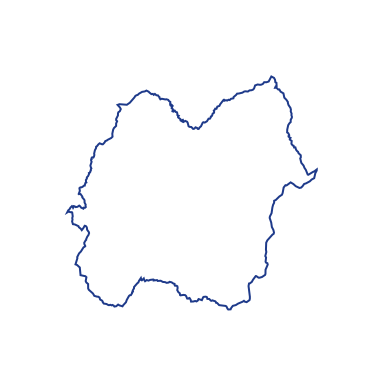 Hacarí, Norte de Santander, Colombia (Robinson projection), rotated 24°
{"feature_id": "7082276B96739100690345", "entity_name": "Hacarí", "entity_type": "district", "adm_level": 2, "iso_a3": "COL", "parent_name": "Colombia", "parent_adm1": "Norte de Santander", "projection": "robinson", "projection_center": [-73.084, 8.368], "detail": "fine", "context": "isolated", "style": "outline", "palette": "blue", "viewbox_px": 384, "rotation_deg": 24, "n_neighbors": 0, "source": "geoboundaries", "source_scale": "gbopen_adm2", "svg_char_len": 5998}
<svg xmlns="http://www.w3.org/2000/svg" viewBox="0 0 384 384"><g transform="rotate(24 192 192)"><path d="M275.0,283.5L275.0,281.8L275.6,279.4L278.0,277.5L279.5,275.2L282.9,271.6L283.7,270.3L284.8,270.7L286.7,270.4L288.5,267.4L288.3,266.1L287.5,264.2L281.9,254.9L281.3,252.4L282.1,251.8L283.2,249.8L283.4,247.4L284.4,242.9L284.9,242.7L287.6,243.2L288.6,242.8L290.5,241.2L292.5,238.0L292.4,236.9L290.8,233.1L290.7,227.5L289.8,226.4L288.4,226.4L287.6,225.8L286.3,221.7L285.0,220.7L284.3,216.6L283.0,214.6L280.4,208.1L280.5,205.5L282.8,198.3L283.6,197.0L283.4,195.7L281.8,193.6L279.2,191.5L276.8,187.7L273.5,184.1L273.1,182.6L273.3,179.0L271.7,173.3L271.3,170.8L271.4,168.5L270.6,166.6L271.8,165.2L273.6,160.6L275.3,157.9L275.2,156.0L273.9,150.6L274.6,147.8L275.4,147.7L275.9,147.2L278.2,143.1L281.4,143.5L284.4,144.5L288.5,144.6L289.9,143.6L290.6,141.9L291.2,139.0L292.6,137.8L295.3,134.3L296.2,132.0L298.0,129.7L297.0,124.6L297.2,121.7L296.8,120.7L295.4,123.3L294.3,124.5L291.3,128.9L290.6,129.0L287.0,125.5L284.9,124.2L283.2,122.5L280.0,120.9L277.2,117.3L277.3,116.0L276.4,114.2L273.5,113.2L272.6,112.2L271.2,111.8L269.8,111.0L268.3,109.2L267.2,109.8L266.0,108.4L265.0,108.5L263.2,107.5L262.3,104.8L260.0,104.3L259.7,103.8L260.0,102.5L257.8,102.2L257.4,101.7L257.8,100.8L257.5,100.3L256.0,99.1L254.7,98.9L253.6,96.2L252.7,91.8L253.0,89.7L253.7,88.0L252.8,85.8L253.0,83.5L252.6,82.5L251.6,81.4L251.1,79.9L249.4,78.2L248.9,76.6L247.7,75.1L244.8,73.3L243.4,71.7L243.0,70.8L240.6,69.3L238.0,68.3L235.4,64.7L232.1,64.3L230.1,62.8L229.2,63.3L226.7,62.4L225.5,63.0L225.5,61.7L226.3,61.7L226.4,61.1L224.7,57.9L223.5,57.8L222.2,55.7L220.5,54.4L217.5,54.2L217.1,59.9L215.3,61.5L213.3,62.3L212.8,64.4L211.8,65.6L210.6,66.4L208.2,67.1L206.3,69.0L206.6,72.2L206.1,73.7L205.0,74.8L203.2,75.8L202.2,77.5L199.8,78.3L198.8,79.0L197.7,80.7L194.7,83.0L193.2,83.8L192.8,85.4L191.4,88.3L191.7,89.6L189.7,91.0L189.0,92.7L187.8,92.9L186.9,94.2L185.7,94.3L184.5,95.4L183.8,94.7L183.4,94.9L182.1,100.2L182.0,102.2L180.4,103.7L180.5,106.0L179.3,106.4L179.3,107.6L178.8,108.8L179.6,109.7L179.9,110.6L179.0,112.0L179.3,114.2L178.5,115.4L178.8,116.1L178.5,117.8L177.3,118.3L176.9,121.3L175.4,123.4L174.1,123.6L173.6,124.2L173.5,128.3L172.6,130.2L172.6,131.3L172.1,131.9L171.5,132.0L170.5,131.4L168.9,131.5L168.4,133.1L167.4,133.9L165.0,132.9L163.1,133.5L162.1,133.3L159.8,130.4L158.9,129.8L156.9,129.8L155.6,131.6L155.1,131.5L155.0,130.5L154.3,129.8L153.7,130.4L154.0,131.5L152.4,131.3L151.7,130.1L149.0,129.5L148.6,128.9L148.9,127.8L147.4,127.7L146.5,126.0L145.8,125.3L144.7,125.5L143.0,124.6L142.7,124.8L142.8,125.5L142.4,126.1L141.3,126.2L140.9,124.2L139.2,123.6L139.3,121.2L138.6,120.9L138.0,121.8L137.4,121.8L136.7,121.3L136.9,120.4L136.1,120.2L135.6,118.6L133.9,118.2L132.8,117.5L130.9,117.7L130.0,118.3L126.5,119.1L125.4,120.2L124.2,119.4L123.8,118.6L122.9,118.4L121.7,117.6L120.1,118.1L118.2,117.5L117.5,118.8L116.3,118.3L115.1,119.1L112.4,118.4L111.7,118.0L109.1,117.9L108.0,119.3L105.7,120.8L103.6,123.7L102.9,125.4L101.8,126.3L101.0,127.8L101.0,128.8L98.9,135.7L97.0,138.8L90.0,141.3L88.6,142.7L91.8,144.1L93.2,145.2L93.2,147.6L92.3,149.1L92.4,150.3L93.2,152.2L93.0,156.1L93.5,157.2L94.8,157.8L94.8,160.2L95.8,162.5L94.7,165.3L94.6,167.0L95.5,171.2L96.9,173.8L96.2,175.6L93.6,178.8L93.2,179.7L92.1,180.7L92.0,182.3L91.2,184.6L90.5,185.0L87.8,185.1L87.1,186.6L86.5,189.0L86.0,189.6L86.5,191.1L86.3,193.3L87.0,196.8L87.7,197.8L88.0,199.4L87.9,200.6L86.7,200.9L86.4,202.1L87.0,202.8L86.7,203.5L87.1,204.4L88.0,205.2L88.4,209.1L89.2,210.2L90.5,211.4L90.3,212.3L90.9,213.6L90.6,214.5L90.9,215.1L90.7,216.0L90.1,216.6L90.6,217.3L90.6,218.5L90.6,219.8L90.1,221.0L90.1,221.8L90.5,222.5L90.2,224.2L91.0,225.8L91.6,226.3L90.9,227.2L91.4,229.8L90.6,230.2L90.0,231.7L89.1,232.7L88.1,233.2L87.6,234.3L89.1,236.6L89.3,239.9L89.6,240.0L90.4,239.2L91.0,239.2L93.7,240.8L94.0,241.6L96.6,242.8L97.3,243.5L98.2,245.4L100.0,246.8L100.3,247.9L101.1,248.9L100.6,250.0L99.4,250.4L99.5,251.4L97.2,251.4L95.2,250.4L94.5,250.3L93.4,252.1L91.9,253.1L90.7,252.8L89.6,253.0L89.5,253.3L89.9,253.8L89.8,254.8L88.9,254.0L88.1,253.7L87.3,255.7L87.1,257.6L86.4,259.1L86.3,261.4L87.2,260.1L89.2,259.9L90.4,259.3L91.0,259.6L92.9,262.7L93.2,264.5L94.1,265.9L94.4,267.6L96.3,269.8L98.2,269.3L102.2,269.4L103.0,270.2L105.3,270.8L106.8,271.7L107.4,269.3L107.7,266.5L108.7,266.3L109.6,266.6L110.6,267.5L111.5,269.1L114.2,270.7L114.7,271.4L114.9,273.5L114.5,275.3L114.5,277.9L114.8,278.8L114.5,279.3L114.2,282.2L114.8,283.3L116.5,284.8L116.3,285.5L115.4,286.7L114.7,291.6L113.8,294.0L113.6,298.2L114.2,299.0L115.0,305.5L116.6,305.4L120.2,306.6L124.0,313.3L128.9,312.3L130.2,312.8L131.1,316.6L132.2,317.6L134.5,318.3L136.4,322.4L137.5,323.3L142.8,325.0L145.0,326.6L148.0,326.2L148.8,325.8L150.4,326.0L151.8,327.6L154.0,327.8L155.0,328.4L155.3,329.0L156.8,329.8L159.4,329.1L161.6,329.3L162.3,329.1L163.2,328.3L164.8,328.2L165.2,327.6L166.6,327.6L167.7,328.2L169.2,327.2L170.3,324.9L171.8,325.1L175.0,324.7L175.2,323.4L176.5,319.6L176.3,317.2L176.7,312.7L177.1,311.7L178.1,311.1L178.4,308.8L178.0,308.0L178.6,307.0L177.9,306.1L178.2,303.6L177.7,302.4L179.2,297.5L179.8,296.5L179.7,294.8L180.3,291.4L181.6,293.1L182.1,293.1L183.1,290.6L184.0,291.7L185.4,292.6L186.4,290.9L188.4,290.6L189.4,289.4L192.2,287.7L192.7,287.7L193.0,288.4L195.9,286.7L196.8,287.2L199.5,285.8L202.0,286.0L204.0,285.3L205.8,285.3L207.5,284.2L208.0,283.2L210.1,282.8L212.2,283.2L213.4,283.0L213.9,284.0L214.5,284.5L216.1,283.9L217.0,284.1L217.9,285.5L218.4,287.6L220.2,289.0L222.0,289.5L223.0,291.0L223.5,291.1L226.2,289.4L227.8,289.0L229.0,289.5L230.9,291.3L231.9,291.0L232.6,289.9L233.0,289.9L234.7,291.1L235.7,292.5L237.6,291.6L239.2,290.3L240.7,290.1L241.5,288.7L241.4,287.6L241.6,287.1L245.0,286.8L245.0,283.6L245.4,283.0L247.2,282.0L248.4,282.0L249.5,283.4L251.3,282.7L253.4,283.6L254.2,283.4L254.7,282.7L257.8,282.4L258.6,282.8L259.0,283.4L260.2,283.2L262.8,284.3L269.1,282.4L270.1,282.6L271.8,284.1L272.9,284.6L275.0,283.5Z" fill="none" stroke="#1e3a8a" stroke-width="2"/></g></svg>